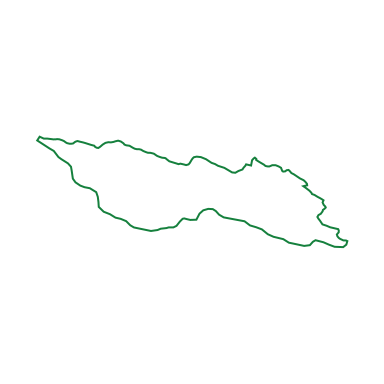 Tenom, Sabah, Malaysia, rotated 103°
{"feature_id": "92858781B47862255723096", "entity_name": "Tenom", "entity_type": "district", "adm_level": 2, "iso_a3": "MYS", "parent_name": "Malaysia", "parent_adm1": "Sabah", "projection": "robinson", "projection_center": [115.899, 4.893], "detail": "fine", "context": "isolated", "style": "outline", "palette": "green", "viewbox_px": 384, "rotation_deg": 103, "n_neighbors": 0, "source": "geoboundaries", "source_scale": "gbopen_adm2", "svg_char_len": 2758}
<svg xmlns="http://www.w3.org/2000/svg" viewBox="0 0 384 384"><g transform="rotate(103 192 192)"><path d="M176.6,354.4L181.6,340.7L183.1,335.9L188.0,330.0L189.4,326.7L192.0,319.3L194.6,315.6L198.1,314.1L205.8,311.1L208.8,307.7L210.9,302.3L211.5,297.8L211.3,292.4L213.7,285.3L217.9,282.7L222.8,280.9L227.5,279.5L231.1,273.6L232.1,266.9L234.2,260.8L234.2,255.5L235.2,249.6L238.3,244.7L239.6,240.6L239.2,223.2L236.8,217.0L234.8,214.2L232.9,208.8L231.7,206.7L230.7,202.2L228.5,199.5L223.6,197.2L220.2,195.1L219.5,193.6L219.6,191.0L219.6,187.4L218.0,181.5L211.4,179.8L207.3,176.9L204.8,172.4L204.0,167.9L205.2,164.5L208.0,160.5L209.6,155.4L208.7,134.2L211.5,128.0L211.9,121.5L212.7,115.5L216.1,108.6L217.3,102.5L217.4,92.4L219.6,86.2L219.5,82.6L219.3,70.6L217.3,65.2L213.3,63.0L211.2,60.8L211.4,52.6L212.5,46.8L213.3,40.7L211.7,32.3L208.6,29.8L204.9,29.6L204.6,31.0L205.1,33.7L204.3,37.3L203.7,38.7L203.1,39.5L202.5,40.3L200.8,41.3L198.3,40.0L196.6,40.3L195.3,41.2L195.3,43.8L195.3,46.1L195.3,49.5L194.6,53.3L194.2,57.6L191.2,60.8L189.4,63.0L188.1,64.2L186.1,63.6L185.1,62.6L184.4,61.7L181.5,60.4L180.0,60.4L178.8,59.3L177.1,58.2L176.2,58.8L174.9,60.8L172.8,62.4L170.5,62.0L169.9,63.6L169.2,65.8L168.5,68.5L167.3,72.0L167.0,74.6L165.9,75.5L164.3,77.9L163.2,80.3L162.3,82.3L161.3,84.8L160.4,83.1L159.6,81.3L158.2,81.8L156.6,83.8L155.4,85.9L154.5,89.8L151.8,96.9L151.2,99.4L149.6,101.5L148.8,102.9L149.5,104.7L150.9,105.8L151.6,107.8L151.1,108.9L148.4,110.7L147.6,113.3L147.1,116.5L147.8,119.8L148.8,121.1L149.7,122.4L150.1,124.2L150.1,126.3L149.2,128.0L147.6,133.1L147.0,134.9L146.3,136.7L145.3,136.8L144.4,138.5L145.5,139.5L147.5,140.6L152.9,140.4L152.9,142.5L152.9,145.5L154.4,145.9L156.7,147.2L158.7,147.9L161.1,151.5L163.5,154.1L163.9,157.3L161.2,165.9L160.6,172.6L159.6,175.8L159.2,179.5L156.9,185.7L156.5,188.1L156.0,191.2L156.5,195.4L157.7,198.0L158.9,198.8L160.5,199.5L162.4,200.1L164.5,200.8L165.9,201.6L167.1,203.8L167.0,206.1L167.0,209.7L167.9,211.4L167.7,213.6L167.5,216.6L167.2,221.0L165.7,224.2L165.0,225.4L165.0,226.6L165.2,227.9L165.3,229.0L165.1,231.4L164.7,234.1L164.0,235.9L163.3,237.6L163.2,238.8L163.2,241.4L163.7,243.9L163.5,245.8L163.0,248.8L162.2,251.2L162.2,253.2L162.7,255.3L162.7,257.6L162.1,259.9L161.0,263.3L161.3,266.6L161.0,268.5L160.0,269.7L158.8,272.7L158.6,275.5L159.8,278.0L160.9,279.8L161.9,282.2L162.3,284.7L163.6,287.4L165.9,289.7L168.5,291.6L170.2,293.2L170.3,294.9L169.8,296.6L168.9,297.6L168.8,301.0L168.3,307.2L168.2,309.3L168.2,312.6L168.1,315.0L168.8,316.3L169.7,317.4L171.4,318.7L172.0,320.1L172.5,322.1L172.5,324.7L172.1,326.1L171.2,328.1L170.8,330.1L170.5,333.1L170.8,335.3L171.4,336.8L171.9,338.9L172.5,344.8L173.3,348.4L172.8,350.9L172.4,352.9L176.6,354.4Z" fill="none" stroke="#15803d" stroke-width="2"/></g></svg>